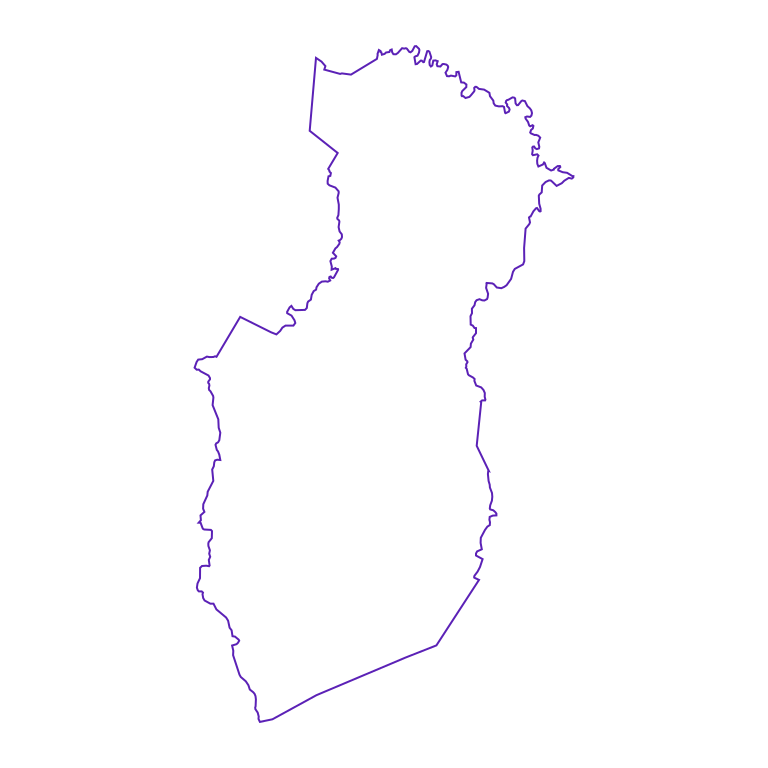 outline of Candelaria Loxicha, Oaxaca, Mexico
{"feature_id": "50627088B4271549449183", "entity_name": "Candelaria Loxicha", "entity_type": "district", "adm_level": 2, "iso_a3": "MEX", "parent_name": "Mexico", "parent_adm1": "Oaxaca", "projection": "robinson", "projection_center": [-96.515, 15.9], "detail": "fine", "context": "isolated", "style": "outline", "palette": "violet", "viewbox_px": 768, "rotation_deg": 0, "n_neighbors": 0, "source": "geoboundaries", "source_scale": "gbopen_adm2", "svg_char_len": 6027}
<svg xmlns="http://www.w3.org/2000/svg" viewBox="0 0 768 768"><path d="M259.9,721.9L272.4,719.3L316.4,695.2L405.2,657.7L436.4,645.4L479.0,579.9L474.3,577.7L474.1,577.1L474.5,575.7L477.6,571.6L480.0,567.0L482.6,559.1L476.5,555.8L476.0,555.5L476.0,553.5L477.1,551.4L481.8,549.3L480.6,542.9L480.8,537.8L485.0,529.9L487.4,526.6L489.8,525.1L490.0,522.2L489.4,519.8L489.7,516.9L492.8,515.6L496.4,515.4L496.4,513.6L495.3,512.1L493.3,510.3L490.2,509.4L489.8,508.5L490.2,505.3L491.9,500.7L492.3,496.8L492.0,493.0L489.9,487.5L489.7,484.7L488.6,481.0L487.9,474.0L488.3,470.5L488.7,470.7L476.7,445.8L481.2,402.3L480.6,401.7L482.1,400.4L485.1,400.4L485.4,399.6L484.7,396.8L484.8,393.0L483.5,390.0L481.2,387.4L476.2,385.5L474.4,380.9L474.6,379.0L473.0,377.5L468.8,375.2L468.0,374.2L466.7,368.8L465.8,367.8L466.3,366.7L466.2,364.3L467.5,362.2L467.3,361.3L465.6,359.7L464.5,353.4L470.6,347.1L470.9,343.6L473.3,339.6L472.7,337.7L472.9,337.1L476.0,333.2L476.0,328.1L474.5,328.0L472.8,325.6L470.7,324.6L470.5,316.2L472.0,313.2L471.9,308.7L474.5,305.3L475.2,302.1L476.6,300.2L479.5,299.2L482.2,300.3L484.4,300.5L487.0,299.1L487.6,297.6L488.1,293.8L486.1,287.9L486.7,283.4L485.8,282.9L492.3,283.4L493.8,284.2L496.8,287.5L501.3,288.2L504.2,286.9L506.6,285.2L511.1,278.9L513.0,271.8L514.8,268.9L523.1,264.4L524.3,261.1L524.1,248.0L525.6,228.6L529.3,224.1L530.0,222.4L529.0,217.5L529.7,216.7L530.6,216.5L533.4,211.3L536.0,208.3L537.0,208.0L539.1,211.0L540.0,211.5L540.6,211.2L540.6,208.8L539.2,203.7L538.8,195.7L539.4,194.5L541.7,192.4L542.2,185.5L545.6,182.0L549.0,180.4L550.8,180.5L551.8,181.3L556.6,185.9L561.8,183.2L564.3,180.7L568.8,177.9L571.8,178.6L573.3,177.4L573.4,176.1L572.4,176.1L567.1,172.8L562.7,172.2L558.3,170.4L558.2,169.2L560.3,167.0L559.9,166.0L557.6,166.1L553.9,168.8L553.8,169.6L551.1,170.5L546.5,167.8L544.8,163.1L544.1,162.5L542.9,164.5L538.4,166.5L537.3,163.8L537.1,160.7L537.5,157.7L538.5,155.6L537.2,154.3L532.9,155.2L532.1,154.2L532.7,150.7L532.3,147.4L533.0,146.6L534.1,146.5L535.3,148.3L536.8,149.1L539.0,148.4L539.3,146.8L538.3,142.4L540.2,137.6L538.3,135.7L536.1,134.9L534.6,135.0L530.8,133.3L530.2,132.5L531.1,129.9L532.8,128.5L533.4,125.9L532.6,125.2L530.2,126.3L529.2,125.5L528.0,121.9L525.6,118.6L525.3,117.2L527.0,116.5L530.1,116.9L531.4,115.6L532.0,113.1L531.3,110.4L529.9,108.4L527.4,106.1L524.9,101.1L522.3,100.5L521.3,101.1L518.1,105.1L516.9,105.2L515.6,103.4L515.1,98.4L514.1,97.6L512.5,97.4L508.3,99.8L507.2,100.0L506.2,100.8L505.7,102.6L507.2,104.4L507.0,105.9L509.1,108.1L509.6,109.6L508.9,111.6L505.6,113.2L505.1,112.8L504.0,106.9L502.6,106.2L498.9,106.4L495.3,105.6L493.7,103.4L493.3,100.6L490.0,96.2L489.4,92.8L484.1,89.6L479.0,88.9L476.5,86.9L475.3,86.8L474.2,87.9L474.5,90.3L474.2,91.3L471.0,95.2L469.4,96.9L465.5,98.0L463.2,96.1L462.0,96.2L461.6,95.7L461.5,92.8L462.3,91.0L466.3,87.1L466.4,84.5L463.9,82.6L461.2,82.4L458.6,71.8L456.4,72.1L456.3,75.4L455.2,76.4L450.9,75.6L449.1,76.3L447.0,76.1L445.5,72.7L447.4,69.8L448.2,67.0L447.7,65.7L446.4,64.6L443.8,64.0L442.5,64.1L440.4,66.5L437.4,66.2L436.7,64.3L437.7,61.2L435.5,60.4L433.3,60.6L432.3,65.5L430.9,66.5L429.7,65.0L429.4,62.1L429.8,60.0L430.9,58.6L431.2,57.1L429.4,51.7L428.3,51.0L427.2,51.2L424.0,62.0L423.3,62.2L421.7,60.6L420.7,60.6L417.0,64.0L415.6,64.2L414.4,57.2L415.4,56.3L417.5,55.7L419.0,52.6L419.4,50.0L419.0,48.8L416.2,46.1L414.7,46.3L412.3,50.9L410.5,52.3L409.3,51.9L406.9,48.7L405.9,48.2L404.2,48.6L402.1,48.2L397.8,53.0L395.9,54.3L393.4,54.2L392.2,52.3L391.7,49.5L390.2,50.1L389.4,52.0L386.0,52.5L384.6,53.9L381.9,54.7L381.3,52.3L380.5,52.0L380.5,51.0L378.9,50.0L377.5,54.0L377.7,55.0L376.9,58.9L351.0,74.6L341.9,73.4L340.1,73.9L324.3,69.6L325.4,66.1L321.5,61.6L316.0,57.9L309.7,130.8L337.7,153.0L328.2,168.9L329.3,170.4L329.5,171.6L330.9,173.0L330.3,175.9L328.5,176.3L327.6,181.0L327.7,183.7L329.4,185.3L335.4,187.6L338.6,191.3L338.7,192.9L337.5,197.7L338.8,204.6L338.8,209.1L338.4,215.1L337.2,217.9L337.4,218.9L339.1,220.5L339.4,221.7L338.6,227.1L339.6,231.5L341.8,234.3L342.0,237.0L341.4,238.7L340.1,240.0L338.7,240.6L339.7,242.2L339.3,243.9L337.0,247.1L335.4,248.4L332.9,252.8L336.2,256.3L335.5,257.9L334.0,258.6L331.7,258.7L330.4,261.1L331.8,266.5L331.6,269.7L335.4,268.2L335.6,268.8L338.0,269.1L338.1,269.8L334.0,277.3L333.1,278.0L331.6,277.7L330.7,276.5L329.5,276.9L329.1,278.3L330.2,280.5L327.8,281.7L325.6,281.3L321.9,281.6L318.8,283.7L316.5,287.3L316.1,289.6L313.7,291.1L311.7,294.8L310.9,299.6L308.1,301.6L307.4,303.2L306.8,308.0L305.0,309.9L295.4,310.2L293.3,308.9L291.4,305.9L289.6,307.4L287.1,311.9L287.2,313.2L291.5,315.6L294.5,320.3L295.3,323.0L293.4,325.6L285.5,325.6L282.4,327.6L280.2,330.9L276.4,334.4L271.1,332.3L240.2,316.9L216.5,356.8L215.1,356.3L213.3,357.0L209.5,357.1L206.9,356.6L202.2,359.2L198.2,359.6L196.6,362.0L194.6,367.7L196.7,369.7L198.8,369.6L200.6,371.3L208.5,375.5L210.0,378.1L210.0,379.3L208.3,381.6L208.2,382.8L209.1,383.8L209.4,385.5L208.8,388.1L209.1,389.9L210.5,391.3L213.1,395.9L213.4,397.6L212.6,405.1L218.3,419.3L218.7,427.8L220.3,432.7L219.3,440.2L218.1,442.3L216.2,443.4L215.5,444.8L216.8,449.9L218.0,451.4L219.3,454.7L220.3,460.0L217.2,459.7L215.1,460.4L214.3,462.2L213.8,466.3L212.2,469.5L213.3,480.9L207.7,491.7L207.3,495.5L203.3,504.2L203.1,508.7L204.4,511.9L200.5,515.4L200.9,520.2L198.7,522.7L200.6,522.8L202.6,528.2L203.3,529.1L204.3,529.5L210.9,529.9L212.0,531.1L211.8,538.2L208.6,542.2L208.3,543.7L208.4,546.0L209.9,550.3L209.2,553.7L210.2,556.8L208.8,559.9L209.6,565.5L209.1,566.2L206.3,565.7L202.0,566.0L200.1,567.8L200.0,578.2L197.5,583.5L196.9,587.7L197.8,590.3L198.9,591.4L201.7,591.4L203.0,592.6L202.5,594.2L203.2,598.1L204.6,600.5L210.4,603.7L213.5,603.7L216.4,609.4L226.1,617.5L228.1,620.7L229.6,627.7L231.6,630.3L232.5,636.2L235.0,636.6L238.7,639.7L239.2,640.7L237.9,642.9L236.5,644.2L232.1,645.5L233.3,650.8L233.1,655.2L239.5,674.7L240.8,677.0L245.8,681.3L248.4,685.2L249.8,689.5L253.3,692.3L254.6,693.9L255.5,696.1L255.9,699.4L255.6,706.3L255.2,707.5L255.4,709.2L257.7,712.6L258.7,716.5L258.5,718.9L259.9,721.9Z" fill="none" stroke="#5b21b6" stroke-width="2"/></svg>